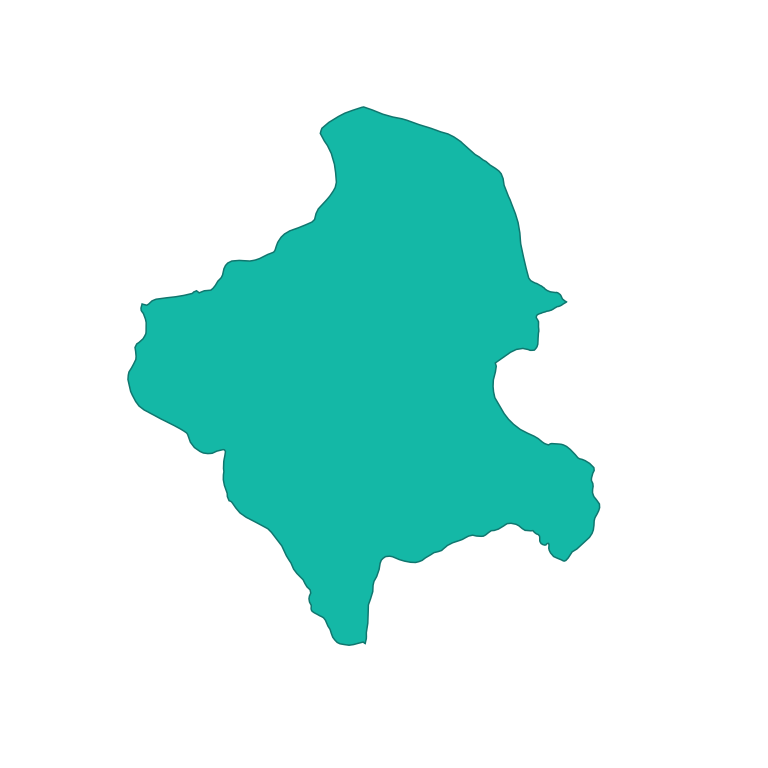 outline of Kota Tomohon, Sulawesi Utara, Indonesia, rotated 116°
{"feature_id": "22746128B12552284418793", "entity_name": "Kota Tomohon", "entity_type": "district", "adm_level": 2, "iso_a3": "IDN", "parent_name": "Indonesia", "parent_adm1": "Sulawesi Utara", "projection": "orthographic", "projection_center": [124.821, 1.329], "detail": "fine", "context": "isolated", "style": "filled", "palette": "teal", "viewbox_px": 768, "rotation_deg": 116, "n_neighbors": 0, "source": "geoboundaries", "source_scale": "gbopen_adm2", "svg_char_len": 6003}
<svg xmlns="http://www.w3.org/2000/svg" viewBox="0 0 768 768"><g transform="rotate(116 384 384)"><path d="M431.8,132.1L427.1,131.5L423.3,131.9L421.0,132.7L419.1,133.3L414.9,135.1L412.2,135.7L410.7,135.7L407.5,135.5L403.8,135.5L400.6,136.0L397.4,137.8L395.2,141.8L393.2,146.0L391.8,147.5L390.2,149.0L387.3,150.3L384.3,151.2L381.9,152.7L379.8,155.3L377.5,156.3L372.7,157.2L369.6,157.2L367.3,158.6L367.2,158.7L365.2,164.4L364.9,167.7L364.7,169.6L364.9,172.9L365.5,175.5L365.3,177.5L363.7,181.0L361.2,187.8L360.1,192.5L360.1,195.9L360.4,197.9L361.0,199.7L361.7,201.5L362.5,203.4L364.0,207.1L364.9,208.3L366.6,209.4L366.9,211.2L367.0,212.2L367.1,213.7L366.8,215.9L366.7,216.5L365.5,221.4L365.1,226.2L365.3,233.4L365.2,237.6L365.1,241.7L363.4,250.0L361.1,256.7L358.2,262.5L358.1,262.8L347.7,278.4L343.0,282.1L338.4,284.9L332.4,287.5L324.2,289.2L318.8,290.9L316.3,293.2L300.0,284.2L294.9,280.2L291.1,274.7L290.8,273.3L289.8,269.5L289.7,267.5L288.9,265.8L287.6,263.7L285.6,263.1L283.5,262.8L280.8,263.2L279.2,263.9L277.5,264.6L275.5,265.5L270.6,267.5L268.7,268.0L267.0,268.9L264.9,270.2L263.0,271.1L260.3,272.4L258.9,274.2L257.7,276.2L255.9,276.8L254.5,276.5L253.7,275.9L252.8,275.2L251.3,273.6L250.4,272.9L249.5,271.9L248.3,270.5L247.3,269.7L246.5,268.5L245.9,267.7L245.2,267.1L244.5,266.2L243.7,265.6L242.6,264.8L240.8,263.8L239.9,263.1L238.9,262.6L238.1,261.6L237.7,261.0L236.7,260.1L236.3,259.7L235.6,259.2L234.8,258.7L233.5,258.0L232.9,257.6L232.4,257.3L231.7,256.8L230.3,255.9L230.2,255.9L230.1,256.9L230.1,257.6L230.0,258.3L229.8,258.9L229.6,259.7L229.5,260.4L229.3,260.9L228.4,262.1L227.4,263.2L226.5,264.6L226.3,265.3L225.9,267.2L225.9,268.1L226.1,269.2L226.6,269.9L227.4,272.3L228.2,274.8L228.3,275.7L228.4,277.7L228.4,278.9L227.9,281.3L227.4,282.4L227.3,283.7L227.0,284.9L226.9,286.0L227.0,287.2L226.8,288.6L226.8,289.8L226.7,290.9L227.0,291.9L227.0,294.0L226.9,296.1L226.8,297.4L225.4,300.3L217.8,306.9L208.7,314.3L198.2,322.5L195.4,324.2L188.7,328.1L180.2,334.2L173.3,340.6L165.7,348.8L163.2,351.4L161.0,354.2L157.1,358.4L152.7,363.2L147.2,367.0L143.7,370.8L142.3,373.8L141.4,378.2L140.7,384.7L139.3,389.9L139.2,393.2L138.2,397.9L137.8,402.8L135.2,412.1L133.2,419.1L132.5,421.2L131.3,429.4L131.2,436.1L132.5,443.4L133.6,453.9L135.5,466.0L136.6,476.2L136.9,479.1L137.8,484.3L140.2,493.2L142.0,503.2L142.8,514.5L143.9,523.7L145.1,525.3L151.8,532.2L157.4,537.6L157.7,537.9L163.5,542.2L173.1,548.3L181.3,551.9L183.7,551.7L186.7,551.1L191.7,544.2L194.5,539.3L200.0,532.3L202.6,530.0L208.2,524.9L215.3,520.1L223.6,515.2L228.7,514.0L232.9,514.2L239.0,515.1L244.1,516.4L251.0,518.5L255.3,519.8L260.6,519.8L266.6,518.5L270.1,519.8L273.3,522.5L275.4,524.3L281.2,529.5L287.5,535.7L292.8,539.2L297.1,540.8L301.3,541.4L303.3,541.6L307.5,541.2L310.7,540.7L312.0,540.6L313.9,541.0L314.8,541.8L317.0,543.8L318.2,545.0L321.7,547.7L325.8,550.8L328.9,553.9L330.3,555.7L332.3,558.5L336.4,568.3L339.0,572.7L340.2,574.7L342.0,576.1L343.8,577.5L346.9,578.4L350.5,578.4L356.7,576.9L359.7,576.9L361.7,577.5L364.3,578.4L369.3,578.8L372.9,579.6L375.6,580.8L379.0,586.4L381.2,588.4L383.1,590.1L382.8,591.3L382.4,593.4L384.0,594.7L384.6,595.3L385.5,595.6L386.7,596.1L391.2,601.6L392.3,603.0L397.0,609.6L401.7,617.0L407.7,626.0L409.1,627.3L411.1,629.0L415.4,630.6L417.2,631.8L418.1,636.2L418.1,636.5L422.3,635.7L424.3,634.5L425.1,633.2L426.2,631.1L430.2,626.9L433.0,624.7L441.0,620.9L443.1,620.1L445.7,620.1L449.0,620.4L454.0,622.4L456.4,623.8L460.3,623.8L463.6,621.5L467.9,618.9L470.7,617.8L475.7,617.8L480.3,618.0L485.0,618.5L488.2,617.7L492.2,616.1L496.6,612.6L501.8,608.4L502.7,607.3L504.6,605.0L505.2,604.1L505.6,603.6L506.9,601.8L508.6,599.5L511.2,594.5L512.5,588.1L512.5,587.0L513.2,568.8L513.3,555.7L513.6,547.7L514.0,543.3L514.5,540.0L515.4,538.4L521.2,532.5L524.2,526.6L525.3,519.7L525.2,516.1L523.8,511.9L522.4,509.4L521.5,508.0L517.6,504.8L513.5,499.9L513.1,498.5L514.2,496.9L515.1,496.6L517.9,495.7L521.7,494.7L524.0,494.0L530.3,491.2L532.0,490.1L532.7,489.6L536.1,488.5L540.4,486.5L545.1,483.0L551.0,477.0L553.9,475.4L556.8,472.1L556.7,471.6L556.7,470.6L556.7,469.7L557.2,468.5L560.4,462.8L563.0,456.9L564.2,449.5L564.4,441.0L564.5,437.6L564.7,432.1L565.0,425.0L566.7,420.1L570.1,413.3L574.3,404.9L581.2,396.4L584.1,391.8L585.6,389.2L585.8,389.0L590.0,384.1L592.5,379.2L595.4,370.9L598.1,367.4L600.1,364.3L601.4,360.2L604.0,358.2L607.2,358.1L609.9,357.3L612.6,355.4L613.8,353.8L614.4,352.9L615.0,352.3L616.4,351.6L617.4,351.3L618.5,350.6L619.5,349.6L619.9,348.3L620.2,346.4L620.3,342.8L620.5,339.9L620.4,338.5L620.6,335.9L622.0,333.1L626.2,328.2L628.2,324.9L631.4,321.9L634.1,319.0L635.6,316.1L636.8,312.8L636.8,309.7L635.6,305.5L634.1,300.9L631.5,297.1L628.7,293.9L625.9,290.6L625.1,289.6L625.5,287.7L625.5,287.1L623.3,287.7L620.8,288.2L618.7,289.1L615.2,290.9L606.1,293.7L599.6,296.6L594.2,299.0L589.4,301.2L583.1,301.9L575.5,303.1L569.7,305.6L565.8,306.5L560.6,306.2L560.1,306.2L552.8,307.1L546.9,308.9L543.5,309.2L541.0,308.4L538.4,306.9L536.3,303.5L535.5,300.7L535.3,297.1L535.1,293.3L534.2,287.9L532.6,282.0L530.6,277.4L528.5,274.9L527.8,274.2L525.8,272.4L522.0,270.5L516.9,267.1L513.7,265.2L510.7,261.6L508.3,259.2L506.5,258.5L505.3,258.0L502.7,256.8L501.4,256.3L496.6,252.7L496.2,252.3L492.5,248.5L490.6,246.6L489.2,245.3L486.0,243.1L483.6,241.3L481.0,238.1L480.4,235.5L480.1,234.3L480.0,234.0L478.3,229.9L477.3,228.2L477.2,228.0L475.1,226.5L471.5,224.8L468.8,223.3L467.3,220.7L466.0,219.4L464.3,217.6L459.4,214.4L457.3,213.2L455.5,212.1L453.5,208.8L452.2,203.8L452.3,200.6L452.9,198.2L453.4,196.1L453.5,194.8L453.7,193.0L453.6,192.9L451.6,187.7L450.5,185.9L451.4,183.8L451.7,182.4L451.9,181.2L451.7,179.3L452.4,177.7L453.4,176.9L456.4,175.4L457.3,174.7L458.5,172.9L458.7,171.0L458.4,169.1L458.0,168.5L457.8,168.0L456.0,167.5L455.2,166.6L455.4,165.9L456.4,165.1L459.4,163.9L461.0,162.6L462.8,160.3L464.1,157.3L464.7,156.0L464.6,151.8L464.3,147.7L464.4,145.6L464.2,144.5L464.1,144.3L462.9,143.2L459.7,142.2L452.4,141.3L447.7,138.3L431.8,132.1Z" fill="#14b8a6" stroke="#0f766e" stroke-width="1.5"/></g></svg>